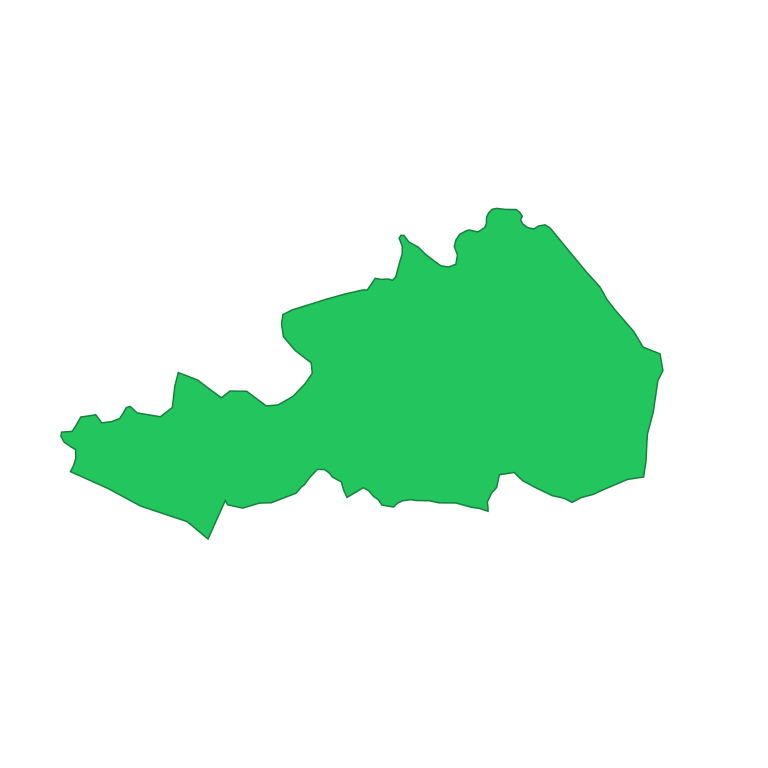 Sapele, Delta, Nigeria (Natural Earth projection), rotated 294°
{"feature_id": "59680162B63156374952276", "entity_name": "Sapele", "entity_type": "district", "adm_level": 2, "iso_a3": "NGA", "parent_name": "Nigeria", "parent_adm1": "Delta", "projection": "natural_earth1", "projection_center": [5.624, 5.87], "detail": "fine", "context": "isolated", "style": "filled", "palette": "green", "viewbox_px": 768, "rotation_deg": 294, "n_neighbors": 0, "source": "geoboundaries", "source_scale": "gbopen_adm2", "svg_char_len": 2079}
<svg xmlns="http://www.w3.org/2000/svg" viewBox="0 0 768 768"><g transform="rotate(294 384 384)"><path d="M310.1,530.8L313.7,529.1L318.2,526.4L327.7,526.6L335.3,529.0L348.0,526.3L356.1,538.9L352.1,549.9L351.0,564.2L350.4,583.0L352.5,593.3L352.8,597.0L352.3,604.0L360.5,610.4L368.3,620.1L375.3,626.1L395.9,645.3L404.6,659.0L420.1,654.7L437.4,648.0L445.6,645.0L459.1,642.8L467.6,641.5L498.5,632.8L509.6,633.4L523.8,623.9L523.1,605.6L533.4,591.1L545.4,565.5L551.9,553.3L560.3,542.1L561.5,539.6L568.7,523.2L577.0,506.5L594.1,472.3L594.9,466.4L591.2,461.0L586.7,457.9L585.3,451.8L586.7,445.5L589.6,442.0L593.5,442.1L596.1,438.1L597.2,433.9L592.8,423.7L590.3,415.6L587.7,411.8L582.4,409.9L578.0,409.9L571.8,412.4L567.6,412.3L561.2,408.0L559.2,398.8L557.0,396.5L551.6,392.3L544.8,391.1L538.2,392.3L531.6,398.7L522.6,400.9L517.1,395.4L515.1,387.8L517.0,379.1L519.2,369.7L522.9,359.9L523.9,348.8L527.8,341.9L526.7,338.9L523.4,338.5L517.2,344.7L510.3,347.7L499.3,349.1L486.4,351.2L482.2,349.5L481.6,345.1L478.3,338.6L477.0,333.0L463.0,330.5L461.4,326.5L451.8,313.7L449.4,310.6L439.0,298.0L425.0,282.1L414.6,270.2L406.4,263.4L397.3,265.9L386.2,273.0L378.4,289.4L373.7,308.9L364.6,314.1L352.5,311.9L335.8,306.0L321.8,295.7L316.1,285.4L321.5,261.5L314.9,246.1L305.3,241.0L308.1,228.0L311.8,212.4L310.8,191.4L296.8,193.8L276.5,200.2L263.1,193.0L257.2,170.2L260.3,161.3L257.6,158.2L251.8,157.6L245.0,156.6L239.1,150.8L233.7,142.0L238.7,133.1L235.5,128.4L230.6,120.5L220.6,119.5L213.9,118.4L208.9,109.0L204.9,110.1L200.8,115.3L199.3,123.2L198.6,128.9L190.9,132.6L183.7,133.6L176.4,133.2L176.3,174.4L173.5,211.3L178.2,260.2L170.8,286.3L212.9,286.4L210.0,290.4L213.2,305.5L224.5,318.6L229.7,329.4L248.5,348.1L256.5,350.5L259.9,352.4L267.8,354.0L278.9,357.9L281.7,364.6L280.3,370.5L278.0,374.8L277.4,381.8L277.3,384.8L270.5,390.5L265.3,396.3L280.8,407.3L280.4,413.1L277.1,420.1L276.0,425.9L272.5,431.4L275.5,442.8L280.5,444.8L284.9,448.5L289.3,455.6L290.5,460.4L295.7,472.7L297.8,482.6L304.6,498.2L306.9,514.1L309.0,521.1L310.1,530.8Z" fill="#22c55e" stroke="#15803d" stroke-width="1.5"/></g></svg>